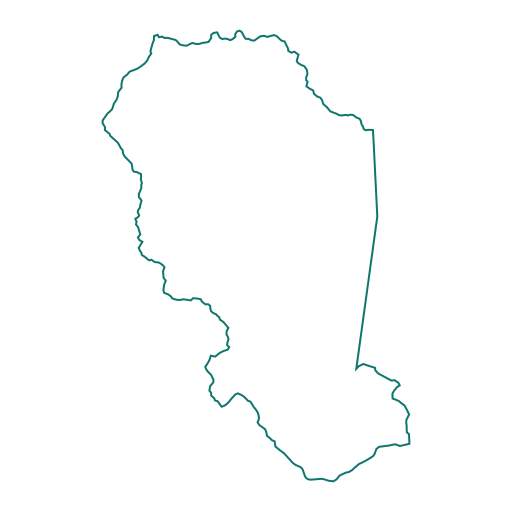 outline of Lagoa Grande, Pernambuco, Brazil
{"feature_id": "56859067B53919588563168", "entity_name": "Lagoa Grande", "entity_type": "district", "adm_level": 2, "iso_a3": "BRA", "parent_name": "Brazil", "parent_adm1": "Pernambuco", "projection": "mercator", "projection_center": [-40.254, -8.803], "detail": "fine", "context": "isolated", "style": "outline", "palette": "teal", "viewbox_px": 512, "rotation_deg": 0, "n_neighbors": 0, "source": "geoboundaries", "source_scale": "gbopen_adm2", "svg_char_len": 4005}
<svg xmlns="http://www.w3.org/2000/svg" viewBox="0 0 512 512"><path d="M113.9,139.1L118.0,142.9L120.7,147.9L122.7,150.3L123.2,153.9L124.8,156.6L131.6,163.6L132.6,170.0L134.0,171.7L136.7,172.0L138.6,173.1L140.9,173.9L141.2,177.1L140.8,179.3L141.9,183.1L141.2,185.2L141.4,187.8L140.0,191.3L138.8,194.1L138.9,197.1L141.5,200.5L140.3,205.1L139.8,207.9L138.3,209.8L137.7,212.0L139.2,215.7L137.7,217.3L135.3,218.9L136.6,221.8L136.0,224.5L138.0,227.0L140.3,234.4L137.9,237.4L139.4,240.0L142.4,241.8L140.8,244.4L138.7,247.9L140.0,250.8L141.3,252.7L142.0,255.2L144.2,256.4L145.9,257.7L147.4,259.1L149.4,260.4L151.5,259.7L154.0,261.7L156.3,262.3L158.5,262.4L161.1,263.9L163.2,265.6L164.5,267.3L163.0,271.4L163.6,277.8L165.8,280.8L164.4,283.9L163.9,286.3L163.4,290.2L164.2,292.9L168.2,294.4L170.8,296.3L172.4,298.5L177.0,299.9L180.5,299.9L183.0,299.3L185.7,299.6L190.8,300.4L193.1,298.2L197.2,298.5L200.6,299.2L202.2,301.9L205.5,304.4L208.0,304.2L210.2,305.8L210.3,308.5L211.1,311.1L212.7,312.7L216.1,314.3L217.5,315.9L219.2,317.2L220.0,319.7L223.3,321.9L228.4,327.9L226.7,331.0L226.5,334.4L227.9,336.9L228.5,339.4L227.5,342.1L227.1,345.1L229.2,347.1L227.8,349.6L223.1,351.2L219.6,353.0L215.2,356.6L210.8,355.7L209.3,360.4L207.2,364.0L205.2,366.9L206.2,369.2L207.6,371.3L211.2,375.0L213.5,379.8L213.3,382.4L210.1,386.2L209.4,390.7L211.1,392.7L211.2,395.6L214.2,398.2L215.0,400.4L217.7,401.3L221.6,406.7L223.8,406.0L226.6,404.2L229.5,401.3L231.0,399.1L233.5,396.5L235.0,394.7L237.7,393.4L240.7,394.6L243.8,396.5L248.1,400.9L250.4,401.6L253.7,406.9L256.4,410.3L258.0,413.1L259.0,417.4L258.7,419.7L257.6,422.3L259.4,425.1L265.2,429.3L266.2,431.9L267.0,435.8L269.4,437.6L271.9,440.2L274.6,441.3L275.4,446.5L280.6,450.8L284.1,453.3L285.6,455.0L293.0,463.1L295.5,464.9L300.3,467.0L302.5,469.1L305.0,476.3L306.4,478.3L308.3,479.3L310.7,479.7L316.6,479.2L321.9,478.8L325.5,479.7L328.4,480.7L333.5,481.3L336.6,479.3L339.7,475.5L345.9,472.6L348.7,472.1L352.4,469.9L354.4,467.9L358.9,464.1L364.8,461.2L370.5,457.9L373.3,455.9L374.6,454.0L376.4,449.0L379.1,446.8L390.0,445.4L393.0,444.6L395.8,444.4L399.9,446.0L409.4,443.8L409.2,438.5L409.0,434.0L406.9,432.5L406.7,429.6L406.6,425.4L406.2,422.8L406.4,419.9L408.2,416.3L409.1,414.3L405.9,407.9L404.4,405.4L401.6,403.4L398.9,401.1L395.3,399.5L392.6,398.5L392.4,393.8L393.8,391.1L395.5,389.0L397.0,387.1L399.7,385.4L398.4,382.8L394.6,380.2L391.4,380.6L378.3,373.5L375.3,370.3L375.0,367.8L369.2,366.0L363.3,364.0L358.8,366.2L356.3,368.8L359.8,343.4L376.1,225.2L377.3,216.6L373.5,139.6L373.3,136.9L373.1,132.6L372.9,130.0L369.3,129.8L365.5,130.2L363.8,129.1L362.9,126.5L361.5,124.2L360.9,121.0L359.5,118.8L356.2,117.4L353.3,115.1L350.5,114.7L347.8,115.4L345.4,114.9L341.8,115.5L338.9,115.1L336.8,113.8L330.3,111.4L328.4,109.0L326.8,107.1L323.4,104.2L321.8,99.6L320.3,97.7L317.2,96.5L314.0,93.9L313.2,90.5L309.9,88.8L306.4,86.3L307.6,81.8L306.2,80.1L306.1,77.6L307.5,73.8L306.8,69.8L304.3,66.2L300.9,64.8L297.7,62.7L296.7,60.9L298.5,54.7L294.4,51.7L291.4,52.7L288.3,50.8L288.0,48.5L284.6,41.5L281.8,40.8L280.2,39.5L278.3,37.7L276.7,36.1L274.0,35.1L270.1,36.1L267.1,36.9L264.1,35.8L260.4,36.3L256.8,38.8L254.3,40.6L251.3,40.3L248.8,38.9L245.8,38.9L244.2,36.9L242.9,34.3L241.6,31.9L239.6,30.7L237.1,31.4L235.3,34.0L235.3,36.9L232.3,39.3L230.0,40.2L228.1,39.1L225.2,38.6L222.0,39.0L219.7,37.5L218.3,34.7L217.2,32.4L213.6,32.9L211.2,34.8L211.1,38.2L208.5,41.9L205.7,42.5L202.5,42.9L199.6,43.8L196.8,44.1L192.2,43.0L189.2,44.4L187.0,45.6L184.8,45.6L181.9,45.1L179.4,44.2L177.9,42.1L175.5,39.9L172.2,39.1L169.4,38.3L166.6,37.8L164.5,38.0L162.2,36.6L159.0,37.2L157.5,34.8L154.0,36.1L153.9,40.0L152.4,44.1L151.1,48.7L150.4,51.5L151.3,53.5L149.1,56.5L147.4,60.2L144.8,63.4L139.8,67.1L136.7,69.0L129.7,71.6L127.2,74.5L123.4,77.6L122.0,81.2L121.4,84.8L121.6,87.6L118.2,92.1L117.8,96.2L117.0,98.7L116.0,100.6L114.0,103.4L112.2,109.0L109.5,111.9L107.6,113.4L102.6,120.5L102.7,123.4L105.1,127.3L104.8,130.0L109.5,133.8L110.3,135.9L113.9,139.1Z" fill="none" stroke="#0f766e" stroke-width="2"/></svg>